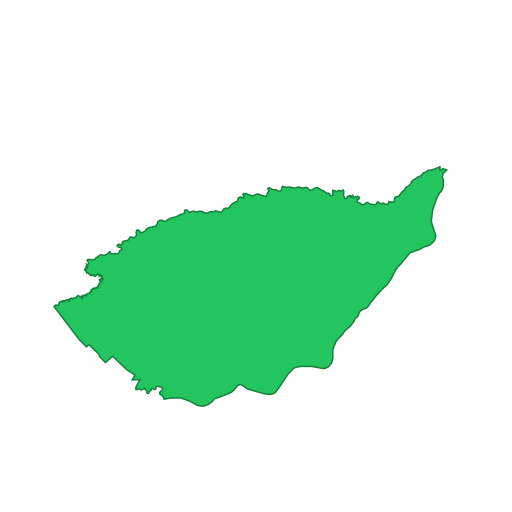 outline of Goya, Corrientes, Argentina, rotated 214°
{"feature_id": "61730980B9171790116436", "entity_name": "Goya", "entity_type": "district", "adm_level": 2, "iso_a3": "ARG", "parent_name": "Argentina", "parent_adm1": "Corrientes", "projection": "orthographic", "projection_center": [-59.153, -29.535], "detail": "fine", "context": "isolated", "style": "filled", "palette": "green", "viewbox_px": 512, "rotation_deg": 214, "n_neighbors": 0, "source": "geoboundaries", "source_scale": "gbopen_adm2", "svg_char_len": 6122}
<svg xmlns="http://www.w3.org/2000/svg" viewBox="0 0 512 512"><g transform="rotate(214 256 256)"><path d="M391.6,154.4L390.7,153.8L391.0,152.2L390.8,151.9L390.3,152.9L389.4,152.8L389.2,152.3L389.1,151.9L389.7,151.4L389.9,150.1L390.3,150.0L390.6,149.3L390.4,148.7L389.8,148.4L388.6,148.8L387.0,147.3L386.6,147.3L385.9,148.0L383.2,147.6L382.8,148.1L382.4,148.0L382.3,147.4L381.7,147.5L380.4,149.7L379.9,149.7L379.1,148.7L378.6,148.8L377.8,149.7L377.3,152.9L376.9,152.9L376.1,152.2L375.5,152.3L375.4,153.0L374.8,152.7L374.4,151.7L373.6,153.4L372.6,153.3L373.0,152.7L370.6,151.6L369.9,150.5L370.2,150.2L371.7,150.8L372.5,149.1L372.1,149.1L371.8,148.1L370.5,148.2L370.9,147.8L370.2,147.2L370.6,145.2L369.5,144.5L370.3,143.5L370.0,142.4L370.2,141.4L369.4,141.6L369.1,141.3L370.9,140.4L370.7,139.9L371.4,139.5L371.7,137.9L372.2,137.9L372.6,138.4L373.0,137.7L372.8,137.3L373.8,135.5L372.4,135.0L372.2,134.2L373.3,133.8L373.4,133.2L372.8,132.0L373.9,131.5L374.5,130.7L374.9,129.7L374.4,128.8L374.6,128.0L375.0,128.0L374.9,129.0L375.3,129.1L375.7,128.8L375.5,127.9L377.5,126.6L377.5,126.1L376.9,126.3L376.7,126.0L376.2,124.7L376.6,123.4L377.1,123.3L377.3,123.8L376.9,124.1L377.0,124.5L377.4,124.8L377.9,124.6L378.4,124.9L379.4,124.0L381.6,123.5L382.2,119.9L383.5,119.3L384.4,118.0L385.5,117.8L386.1,116.5L386.6,116.2L386.6,115.6L385.7,114.3L386.2,114.0L387.7,114.4L389.5,112.3L388.7,112.1L388.9,111.6L390.7,111.4L391.4,110.5L390.7,109.7L391.8,109.6L392.9,108.8L393.1,107.6L392.2,105.1L392.4,104.6L394.7,103.3L395.0,102.9L394.5,101.8L395.2,101.2L355.6,87.8L345.7,85.9L345.1,89.1L334.4,87.3L330.7,86.4L329.8,85.9L329.7,85.2L321.2,83.5L318.8,92.7L299.4,89.5L289.8,89.6L289.4,84.0L283.2,88.6L282.2,80.0L280.9,78.1L279.9,78.7L278.6,80.8L276.6,80.6L276.0,80.9L275.9,81.6L274.7,82.9L274.6,83.8L271.3,83.1L270.0,81.6L269.0,81.4L268.5,81.6L268.3,82.1L268.7,84.2L267.9,85.8L268.3,87.9L267.4,88.4L265.6,88.5L264.7,89.2L265.0,90.4L265.8,92.1L264.8,93.1L260.3,94.5L259.4,94.2L258.9,93.0L258.9,91.8L259.6,89.8L259.3,88.5L258.2,87.8L254.4,87.5L252.1,85.9L247.5,90.4L239.0,96.2L230.3,98.5L220.7,99.5L216.1,101.7L214.6,103.2L212.4,106.6L211.1,110.3L210.6,114.3L209.6,115.9L208.4,117.1L202.0,126.3L200.1,129.6L199.3,133.0L199.0,137.0L198.4,139.3L196.6,141.0L188.4,141.0L174.2,145.7L170.2,147.2L166.9,149.2L164.3,151.9L163.6,154.2L163.3,161.7L163.4,176.1L162.0,183.8L160.9,185.8L156.9,189.7L147.7,195.8L137.2,200.3L135.4,202.1L133.9,204.8L133.6,209.9L135.3,214.5L139.5,220.6L141.0,225.1L141.2,227.2L141.8,228.7L141.4,234.8L140.9,236.6L140.5,240.0L140.4,244.3L138.8,249.7L138.5,251.9L138.2,255.9L138.9,259.6L138.1,261.3L137.9,263.3L138.7,266.9L138.7,269.0L137.3,272.1L135.6,274.1L134.8,277.8L134.8,282.9L134.1,290.4L132.9,299.1L131.2,305.4L131.2,312.5L132.4,322.3L132.4,326.6L131.5,330.2L130.2,344.7L124.6,352.2L121.0,358.8L119.5,360.2L118.1,362.4L117.3,364.6L116.8,367.3L116.9,369.5L118.2,373.2L129.7,382.4L131.1,384.6L132.1,386.9L134.5,391.2L135.6,394.0L138.4,404.8L139.0,410.7L138.6,413.8L138.8,415.4L139.6,418.2L142.5,422.9L145.6,425.7L146.8,428.5L146.8,429.9L145.9,433.9L149.8,433.0L150.2,432.5L150.5,430.8L151.5,430.0L152.3,430.6L152.6,432.0L153.5,432.9L154.2,431.3L158.5,425.5L161.2,423.4L161.7,421.3L162.8,419.5L163.6,418.8L164.2,414.6L166.2,411.7L166.3,410.5L167.4,408.8L168.5,405.7L168.6,404.8L168.0,402.4L168.5,400.3L168.2,399.9L168.3,399.4L169.8,397.8L170.1,395.0L169.8,393.5L170.9,390.3L171.0,385.5L173.3,382.9L173.6,382.0L173.5,381.3L171.8,378.6L171.8,378.1L173.8,376.5L176.3,375.5L175.5,373.9L176.0,372.4L177.6,371.4L180.4,370.9L180.8,369.9L181.6,369.2L182.6,369.0L185.0,369.1L185.6,368.8L185.4,366.3L185.9,365.1L190.2,363.0L193.5,362.6L194.3,362.3L194.7,361.1L194.9,359.3L196.7,357.7L199.2,358.0L201.8,357.4L202.7,357.8L203.2,359.1L202.5,361.4L202.7,362.3L205.3,362.3L205.8,361.1L206.6,360.8L206.7,360.0L207.3,359.3L208.0,359.3L209.8,360.5L210.2,360.1L209.7,358.6L209.8,358.0L210.4,357.6L211.6,358.7L212.4,358.4L212.5,357.7L213.5,356.6L213.6,356.1L213.1,355.8L213.1,354.4L214.5,353.3L216.2,354.6L217.3,355.1L219.7,359.2L220.9,359.4L221.2,359.0L221.5,357.1L223.6,357.0L224.6,355.9L225.4,354.3L228.2,354.0L228.9,353.5L229.1,353.1L228.1,352.1L227.3,350.3L226.7,350.1L226.4,349.3L226.5,348.6L227.4,347.8L228.9,347.8L230.0,348.8L230.7,348.8L232.7,347.6L236.6,347.7L238.3,347.3L243.6,347.1L245.1,345.3L246.6,342.0L247.5,340.9L252.0,341.2L253.2,340.7L255.1,338.5L256.7,337.6L259.1,337.1L259.8,336.6L261.7,333.7L264.9,332.8L267.2,331.6L269.5,329.7L272.9,328.6L272.8,327.3L271.9,324.8L271.9,323.8L272.4,323.3L274.3,322.1L276.3,322.2L279.5,320.3L282.7,320.1L283.9,319.2L284.0,318.5L281.7,317.2L281.7,314.6L280.9,312.3L281.0,311.1L282.5,310.1L288.8,308.7L289.6,308.0L291.2,306.1L291.4,305.1L292.6,303.9L299.2,302.1L301.2,300.8L301.3,299.7L299.1,298.3L298.7,297.7L298.8,297.1L299.1,296.6L301.2,296.6L302.1,296.2L303.2,294.3L302.3,292.1L302.3,290.2L303.3,289.5L304.6,286.5L305.1,285.1L305.2,281.9L305.6,280.5L306.0,279.8L308.1,278.6L308.9,277.0L309.1,275.7L309.0,272.7L311.9,271.7L312.8,271.7L314.8,270.6L316.7,268.3L318.9,266.9L319.4,266.2L319.4,265.0L319.9,264.6L322.4,263.2L326.0,262.7L328.4,261.0L329.6,259.3L332.9,258.3L335.8,254.6L338.2,255.5L339.4,255.3L340.1,254.9L340.8,253.9L339.6,252.1L339.4,251.4L339.7,250.2L341.3,249.0L344.2,243.7L347.3,240.5L349.5,237.0L350.1,234.4L351.7,233.2L354.1,233.1L355.8,231.6L356.6,229.7L355.8,227.0L355.8,224.7L357.9,222.6L358.6,221.5L361.0,219.4L361.8,217.1L362.0,214.2L363.6,211.7L364.2,211.2L365.0,211.0L367.0,211.7L368.6,211.6L369.1,211.1L369.3,210.3L368.4,208.2L366.8,206.6L366.6,205.9L367.2,202.8L367.8,202.5L369.8,202.3L370.7,201.4L371.0,200.8L370.9,198.8L371.2,197.0L373.4,195.0L374.4,193.7L374.2,191.9L373.5,190.8L373.6,189.6L376.0,189.3L376.8,188.4L376.9,187.7L376.9,187.1L376.4,186.5L375.8,186.4L372.1,187.4L370.8,186.6L370.9,185.7L371.7,184.9L371.9,184.0L371.3,181.9L371.6,180.4L374.4,179.2L376.9,176.8L378.0,177.0L379.3,177.8L379.8,177.6L380.4,174.5L381.8,172.2L382.4,171.5L385.8,170.0L386.5,167.5L387.8,164.6L387.6,163.3L387.9,162.5L388.5,161.9L392.3,160.0L393.7,158.6L393.7,158.1L390.9,156.7L390.4,155.9L390.7,154.4L391.6,154.4Z" fill="#22c55e" stroke="#15803d" stroke-width="1.5"/></g></svg>